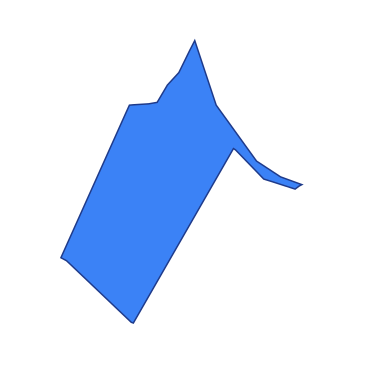 the district of La Pearle, Soufrière, Saint Lucia, rotated 200°
{"feature_id": "8701671B37327912911660", "entity_name": "La Pearle", "entity_type": "district", "adm_level": 2, "iso_a3": "LCA", "parent_name": "Saint Lucia", "parent_adm1": "Soufrière", "projection": "orthographic", "projection_center": [-61.048, 13.857], "detail": "fine", "context": "isolated", "style": "filled", "palette": "blue", "viewbox_px": 384, "rotation_deg": 200, "n_neighbors": 0, "source": "geoboundaries", "source_scale": "gbopen_adm2", "svg_char_len": 486}
<svg xmlns="http://www.w3.org/2000/svg" viewBox="0 0 384 384"><g transform="rotate(200 192 192)"><path d="M202.3,48.8L167.9,247.0L167.5,246.9L165.6,246.5L129.0,228.7L120.8,229.1L96.1,230.0L93.3,234.3L91.3,236.5L114.0,236.5L141.9,243.1L199.0,281.9L241.2,335.2L242.6,324.0L245.2,299.7L247.7,293.7L251.7,284.1L255.4,264.3L262.9,260.0L277.1,253.8L280.5,252.2L281.1,244.7L292.7,85.4L286.4,84.5L253.6,70.2L204.6,48.8L202.3,48.8Z" fill="#3b82f6" stroke="#1e3a8a" stroke-width="1.5"/></g></svg>